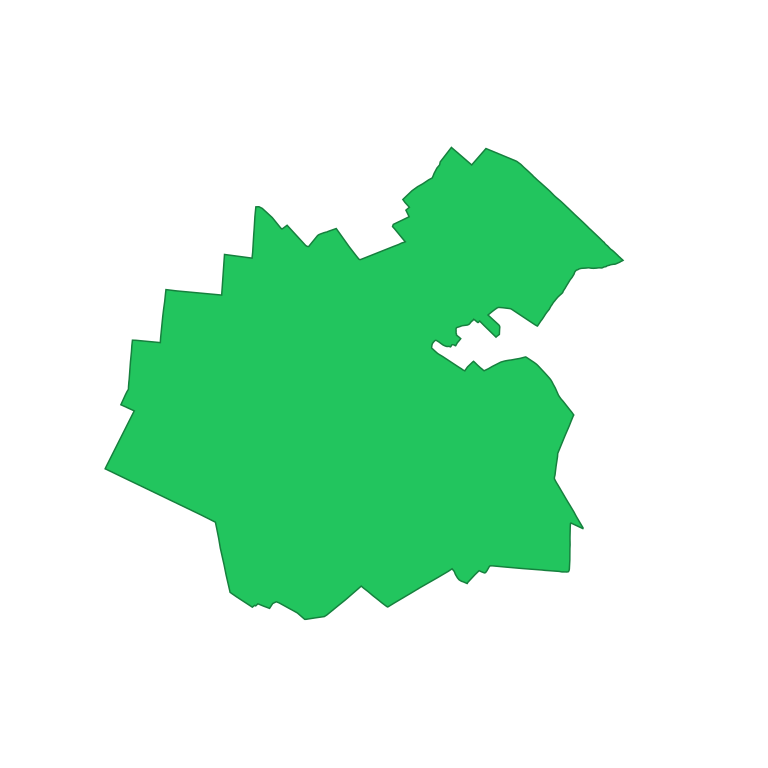 outline of Perisor, Dolj, Romania, rotated 25°
{"feature_id": "2599482B45480684732050", "entity_name": "Perisor", "entity_type": "district", "adm_level": 2, "iso_a3": "ROU", "parent_name": "Romania", "parent_adm1": "Dolj", "projection": "equal_earth", "projection_center": [23.523, 44.157], "detail": "fine", "context": "isolated", "style": "filled", "palette": "green", "viewbox_px": 768, "rotation_deg": 25, "n_neighbors": 0, "source": "geoboundaries", "source_scale": "gbopen_adm2", "svg_char_len": 6074}
<svg xmlns="http://www.w3.org/2000/svg" viewBox="0 0 768 768"><g transform="rotate(25 384 384)"><path d="M457.0,578.8L463.2,580.5L470.9,582.3L473.9,583.1L479.4,584.3L481.3,584.6L481.5,584.5L481.8,584.3L482.0,584.0L486.1,577.8L498.2,560.1L502.4,553.8L514.5,536.7L521.5,526.5L523.8,522.7L526.9,524.2L529.2,526.4L532.4,528.6L534.7,529.7L537.0,530.0L538.0,530.0L539.4,529.8L543.7,529.7L543.8,529.5L543.7,528.7L547.0,518.5L549.1,513.0L551.7,513.0L554.6,512.8L555.0,512.7L555.4,512.4L555.8,511.9L555.9,511.3L556.2,509.8L556.4,507.5L556.6,504.9L556.9,504.3L557.1,503.9L559.6,502.8L570.8,498.8L588.1,492.5L606.1,485.7L608.6,484.9L613.8,482.9L622.0,479.8L624.4,479.2L629.1,477.1L629.9,476.6L630.5,476.1L630.5,474.6L630.2,473.4L626.8,465.0L622.0,454.5L620.7,451.3L619.3,448.4L618.9,447.6L617.6,444.9L613.3,435.1L612.0,431.8L611.9,431.4L612.0,431.2L612.3,431.0L625.3,431.0L625.3,430.4L625.1,430.2L614.6,423.0L612.7,421.6L610.5,419.9L603.7,415.3L599.9,412.8L584.7,402.3L582.4,400.8L580.7,399.6L578.5,397.9L578.1,397.0L577.8,396.2L577.6,394.9L577.4,394.1L574.7,385.8L572.0,376.6L570.8,373.5L569.9,354.7L569.6,343.8L569.3,339.0L569.0,332.8L569.1,331.9L565.9,330.1L562.4,328.4L553.7,324.0L550.9,322.8L548.4,321.4L546.7,320.3L540.9,315.2L537.6,312.8L535.2,310.9L533.2,309.6L531.6,308.8L524.3,305.7L515.6,302.2L513.8,301.6L512.8,301.4L510.9,301.0L501.6,299.6L501.1,299.6L500.8,299.7L500.2,300.2L496.8,303.0L495.6,303.9L493.0,305.7L488.8,308.7L488.4,308.9L487.9,309.2L485.8,310.6L484.0,311.9L483.6,312.2L480.7,314.7L474.8,322.2L473.9,323.5L472.1,326.1L469.1,329.7L468.8,329.7L466.1,328.9L464.6,328.6L462.1,327.8L461.1,327.5L457.5,326.2L455.9,325.7L455.6,325.6L455.1,326.5L452.5,333.2L452.2,334.7L451.7,337.9L449.6,337.9L447.9,337.5L444.4,337.1L425.5,334.3L420.6,333.8L419.5,333.6L415.2,332.3L413.8,331.8L412.5,331.5L412.3,331.4L411.9,331.1L411.3,329.5L411.0,328.4L410.9,327.7L410.8,327.2L410.9,326.4L411.0,325.8L411.3,324.7L411.6,323.6L412.0,322.9L412.3,322.6L412.7,322.5L413.1,322.4L413.5,322.4L416.7,322.8L417.8,323.1L421.1,323.7L422.9,323.7L424.1,323.6L425.3,323.4L425.6,323.2L426.9,322.5L427.2,322.4L428.5,322.3L428.6,322.2L428.8,321.6L428.8,321.2L428.9,320.0L429.0,319.8L429.2,319.6L429.5,319.4L430.0,319.2L430.5,319.1L431.3,319.0L432.5,319.2L432.8,318.9L433.0,316.1L433.1,315.2L433.3,314.8L433.5,314.1L434.4,310.5L433.8,310.3L432.5,309.9L429.1,309.1L428.5,308.0L427.9,307.6L427.5,306.8L427.0,305.6L426.4,304.4L426.1,304.0L426.0,303.6L425.9,302.7L426.0,302.3L426.5,301.7L427.7,300.6L428.9,299.5L429.4,298.9L430.4,298.0L431.7,297.2L432.3,296.8L433.0,296.4L434.8,295.2L435.2,294.7L435.7,294.2L436.0,293.5L436.2,292.9L436.7,290.9L436.8,290.4L437.0,290.0L437.4,289.4L437.6,289.1L437.7,288.8L437.8,287.7L437.9,287.4L439.1,287.6L442.3,288.5L443.1,288.6L443.5,288.3L444.1,286.5L450.0,288.7L465.7,294.2L465.9,293.6L467.6,290.3L467.4,289.8L465.7,285.7L464.9,283.5L464.3,282.7L463.7,282.3L463.0,281.9L454.7,279.3L449.1,277.5L451.6,272.3L453.4,268.9L454.1,267.8L454.5,267.1L455.3,266.3L455.6,266.1L459.9,264.5L466.4,262.4L466.9,262.3L467.6,262.3L468.0,262.3L495.8,266.5L498.4,266.7L498.6,266.6L499.5,260.7L499.9,259.1L500.3,256.7L500.6,254.4L500.9,252.1L501.4,249.7L501.6,248.9L502.1,246.9L502.2,246.5L502.3,244.3L502.4,242.8L502.7,241.4L502.9,239.6L503.2,237.9L503.6,236.6L503.9,235.2L504.6,232.6L504.9,231.6L505.6,229.9L506.0,228.9L506.5,227.8L507.2,226.0L507.3,225.7L507.3,225.3L507.2,224.5L507.2,224.1L507.4,222.3L507.7,220.5L507.8,218.7L507.9,218.2L507.9,217.8L508.5,212.6L508.6,211.7L508.7,210.8L509.0,209.5L509.1,209.2L509.4,207.8L509.8,204.2L509.6,202.6L509.6,201.6L510.0,200.1L510.3,199.4L511.2,198.7L512.1,197.4L512.6,196.9L513.7,196.0L514.5,195.5L518.0,193.6L520.3,192.2L520.6,192.1L522.8,191.5L525.3,190.5L525.5,190.3L526.1,190.0L527.4,189.3L529.6,187.9L530.5,187.5L532.1,186.9L532.4,186.7L533.0,186.2L533.6,185.3L533.8,185.1L534.3,184.7L535.6,183.8L535.8,183.5L535.9,183.2L536.2,182.7L536.5,182.4L538.1,181.1L538.6,180.5L539.2,180.0L540.5,179.1L540.9,178.8L541.4,178.5L542.7,177.8L543.6,176.9L545.0,175.3L545.9,174.3L546.5,173.5L546.9,172.8L547.7,171.9L548.4,170.9L547.3,170.5L545.7,170.1L545.1,169.8L542.6,169.1L541.7,168.7L536.0,166.8L534.1,166.3L532.4,166.0L531.3,165.6L529.3,164.8L528.1,164.3L526.7,164.0L524.7,163.3L523.8,162.6L522.6,162.4L517.8,160.7L506.2,156.8L504.8,156.4L503.9,156.1L501.8,155.3L496.0,153.3L485.2,149.8L476.2,146.7L475.2,146.4L471.4,145.1L467.1,143.7L460.1,141.8L458.3,141.2L453.0,139.2L449.8,138.2L441.3,135.6L437.7,134.6L436.4,134.2L433.8,133.3L431.7,132.7L431.3,132.6L430.8,132.2L429.5,131.8L425.9,130.6L425.0,130.3L419.1,128.5L416.0,127.4L415.1,127.1L410.1,126.1L376.9,127.5L370.9,148.4L345.1,141.1L341.1,158.9L341.8,161.9L340.7,165.9L340.4,171.9L340.6,175.0L340.6,176.9L338.1,180.2L334.5,186.2L331.1,190.9L327.7,197.0L323.1,208.8L326.3,210.6L332.3,213.1L330.4,217.2L336.1,221.8L325.0,235.4L325.2,237.7L328.4,239.1L340.7,245.0L343.2,246.1L342.4,247.0L340.4,248.8L338.2,251.5L334.5,255.3L310.2,281.1L309.5,281.5L308.6,281.5L305.1,279.8L294.6,274.4L275.0,263.3L270.1,268.1L268.6,269.6L268.1,270.3L267.0,271.1L265.7,272.2L263.1,274.8L262.0,276.0L261.4,276.9L261.0,277.8L260.5,279.8L258.0,289.7L257.7,291.2L257.1,291.5L255.9,291.8L254.3,291.5L229.1,281.1L226.7,285.6L226.0,286.6L224.5,286.3L212.4,280.4L199.5,276.3L195.7,276.2L193.0,277.6L196.2,286.7L200.7,298.1L202.7,303.4L209.3,320.1L211.2,325.7L184.7,334.0L199.3,372.0L156.6,387.3L146.5,390.6L147.7,394.2L150.4,402.0L152.6,409.2L155.0,416.5L161.8,435.9L162.9,438.8L163.8,441.0L140.8,449.2L137.5,450.6L139.3,455.9L141.3,461.0L144.9,471.2L151.1,487.5L152.0,490.2L153.5,494.2L154.6,496.8L154.3,499.3L154.2,502.9L154.3,514.0L169.0,513.9L167.1,576.1L167.1,578.7L191.8,579.0L274.1,580.0L289.6,580.5L293.2,585.3L299.5,593.9L305.0,601.9L315.5,615.5L321.6,623.8L332.6,637.9L340.8,639.3L359.0,641.9L360.2,639.4L361.5,639.3L362.6,636.5L369.0,636.2L375.1,635.7L375.9,630.0L378.4,626.9L381.5,626.7L391.7,627.4L402.2,628.1L411.6,630.8L412.8,630.2L420.7,624.9L428.2,620.0L429.8,617.5L436.0,604.6L440.1,596.3L448.6,577.2L448.8,576.8L452.0,577.7L457.0,578.8Z" fill="#22c55e" stroke="#15803d" stroke-width="1.5"/></g></svg>